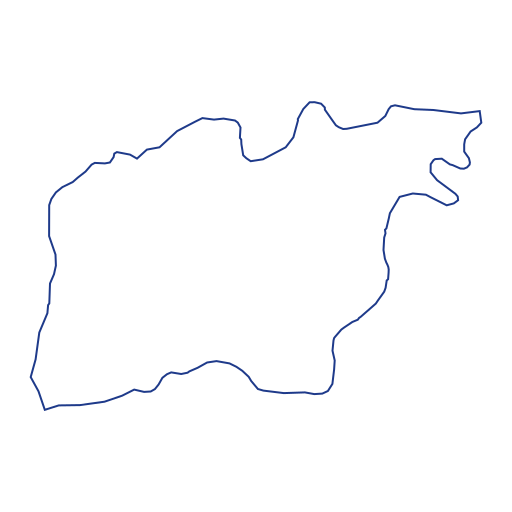 Sansare, El Progreso, Guatemala (orthographic projection)
{"feature_id": "79465075B35387126526580", "entity_name": "Sansare", "entity_type": "district", "adm_level": 2, "iso_a3": "GTM", "parent_name": "Guatemala", "parent_adm1": "El Progreso", "projection": "orthographic", "projection_center": [-90.08, 14.753], "detail": "fine", "context": "isolated", "style": "outline", "palette": "blue", "viewbox_px": 512, "rotation_deg": 0, "n_neighbors": 0, "source": "geoboundaries", "source_scale": "gbopen_adm2", "svg_char_len": 2047}
<svg xmlns="http://www.w3.org/2000/svg" viewBox="0 0 512 512"><path d="M202.4,118.1L195.1,121.7L177.1,131.1L159.5,147.3L146.9,149.6L137.0,158.6L130.0,154.6L116.9,152.1L114.3,153.6L113.6,157.1L109.9,162.5L104.9,163.4L94.8,162.9L91.6,164.6L85.5,171.6L77.8,177.6L72.8,182.0L62.4,187.1L55.9,192.4L51.4,198.9L49.2,205.1L49.1,236.1L55.5,254.6L55.9,265.6L54.0,274.2L50.0,283.5L49.3,303.4L48.1,305.1L47.4,313.2L39.3,332.5L35.6,359.4L30.7,377.1L38.5,391.3L44.8,409.8L58.8,405.4L80.0,405.1L104.5,401.7L122.1,395.7L134.2,389.6L144.1,391.9L150.7,391.5L154.9,389.1L158.6,384.5L162.4,377.8L167.0,374.2L171.2,372.4L181.2,374.0L187.6,372.7L189.3,371.4L197.6,367.8L207.1,362.5L216.5,361.1L229.5,363.4L236.4,366.8L242.3,370.8L248.7,376.8L251.2,381.0L257.9,389.0L263.4,390.6L283.8,393.1L304.9,392.4L314.3,394.1L322.3,393.6L327.9,391.0L332.4,383.9L334.1,369.6L334.7,360.5L332.5,350.7L333.5,340.5L334.1,338.1L335.1,336.8L341.3,329.6L344.0,327.6L352.3,322.0L357.8,319.7L359.1,317.9L360.6,316.9L375.8,303.6L377.9,300.5L384.2,291.7L385.6,287.8L386.7,280.5L388.1,279.2L388.6,272.5L388.7,269.5L388.3,267.0L387.4,264.7L386.3,262.5L384.9,258.7L383.5,250.0L384.2,237.5L385.5,233.4L385.0,229.8L386.4,228.4L388.8,218.4L389.9,213.2L399.6,196.9L412.8,193.5L425.9,194.7L430.4,197.1L446.7,205.3L453.8,203.4L458.1,200.2L457.7,196.5L455.4,193.8L437.1,180.2L430.6,172.3L430.7,164.2L433.5,160.2L435.1,159.1L441.8,158.7L449.9,164.4L452.6,165.1L460.3,168.5L463.9,168.7L467.0,167.4L469.6,164.6L469.9,162.4L468.9,158.2L464.2,151.6L464.2,144.3L465.1,139.3L470.6,131.5L476.9,127.4L481.3,122.7L479.7,111.1L461.0,113.4L433.4,110.0L414.3,109.2L395.0,105.3L391.0,106.3L388.7,109.1L385.3,116.0L377.5,122.7L346.7,128.8L343.1,129.0L338.8,127.2L335.9,125.3L332.9,121.1L324.9,109.7L324.8,107.5L321.1,103.7L314.7,102.2L309.6,102.3L303.3,109.0L297.8,119.1L298.0,120.4L293.4,137.3L285.7,147.3L263.0,159.3L250.7,161.2L246.3,158.2L243.2,155.3L241.4,144.1L241.2,139.5L239.9,137.9L240.5,127.5L237.8,122.6L235.0,120.5L223.5,118.6L214.0,119.6L202.4,118.1Z" fill="none" stroke="#1e3a8a" stroke-width="2"/></svg>